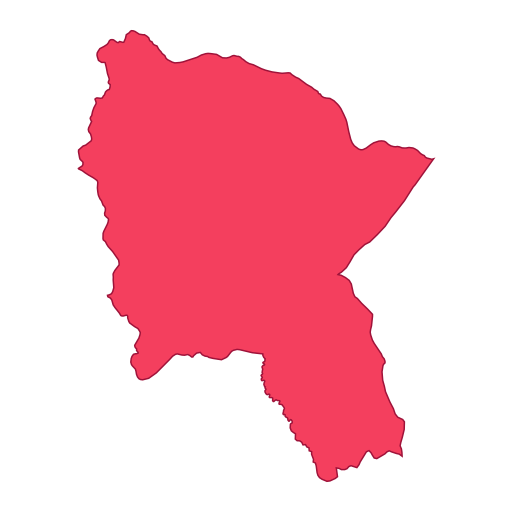 the district of Ra-Ngae, Narathiwat, Thailand
{"feature_id": "78962969B92165576967396", "entity_name": "Ra-Ngae", "entity_type": "district", "adm_level": 2, "iso_a3": "THA", "parent_name": "Thailand", "parent_adm1": "Narathiwat", "projection": "robinson", "projection_center": [101.702, 6.243], "detail": "fine", "context": "isolated", "style": "filled", "palette": "rose", "viewbox_px": 512, "rotation_deg": 0, "n_neighbors": 0, "source": "geoboundaries", "source_scale": "gbopen_adm2", "svg_char_len": 5974}
<svg xmlns="http://www.w3.org/2000/svg" viewBox="0 0 512 512"><path d="M402.1,456.2L401.9,452.2L401.4,448.9L400.1,445.8L400.8,442.4L402.3,437.3L404.2,429.4L404.4,421.8L402.7,419.5L397.7,417.2L395.1,413.8L393.4,408.7L389.9,402.0L385.5,391.7L384.4,386.5L382.7,380.3L382.0,371.8L383.0,365.4L384.0,363.8L385.0,362.9L385.0,361.3L384.2,358.9L382.4,356.7L381.2,353.8L374.2,343.4L372.4,340.1L370.7,335.0L370.2,332.2L370.6,329.5L371.5,325.8L372.5,316.3L372.5,314.3L367.6,309.1L361.6,303.3L357.4,298.5L354.9,296.8L353.3,293.3L351.3,284.0L349.2,280.4L345.5,277.6L341.2,275.3L338.0,274.6L338.6,273.9L341.4,272.2L346.3,267.7L350.0,261.8L354.0,254.8L358.8,249.9L364.8,244.5L369.7,242.0L377.6,234.3L385.2,226.2L391.0,217.6L395.5,212.2L404.5,200.6L413.2,186.9L415.0,184.9L433.6,158.8L431.9,159.3L426.8,158.0L425.4,157.2L424.3,155.6L422.3,154.7L420.5,153.5L417.6,150.5L414.8,148.8L413.0,148.0L409.0,147.5L406.1,148.0L404.2,148.0L402.2,147.9L399.2,146.8L397.3,146.5L395.6,146.8L393.6,146.6L391.0,145.9L388.5,144.5L385.7,142.0L384.1,141.2L381.6,140.9L378.9,141.1L373.7,142.8L370.7,144.7L366.2,148.1L363.0,149.6L361.0,149.8L358.7,149.1L354.3,145.8L352.2,142.9L350.7,139.3L348.8,131.9L346.8,122.2L345.9,119.3L343.8,114.6L340.9,108.7L339.2,106.2L337.6,104.3L334.0,100.8L329.9,98.4L326.5,98.1L323.7,97.5L321.5,96.1L320.7,94.7L320.0,93.9L319.2,93.9L318.4,93.2L317.8,91.5L313.9,89.2L311.6,87.2L306.6,84.4L298.7,78.5L295.7,77.2L291.9,74.7L290.1,73.0L288.4,72.8L282.1,73.3L279.5,73.0L272.0,71.9L265.5,70.2L261.4,68.7L253.4,64.8L249.2,63.6L246.0,61.8L243.4,59.6L241.9,58.7L240.4,57.2L238.7,56.4L237.0,56.3L234.0,55.5L232.5,55.8L229.4,57.3L226.4,58.0L222.5,57.8L216.6,54.4L210.7,53.6L208.1,53.4L205.7,53.7L201.4,55.0L197.1,57.3L183.0,61.9L179.9,62.5L174.9,62.9L172.4,62.2L167.6,59.7L166.1,58.4L164.8,55.6L162.1,53.5L160.9,51.6L159.5,50.2L158.4,48.7L157.0,46.0L154.4,45.0L153.2,44.1L151.8,41.6L150.8,41.4L149.7,40.5L148.7,37.8L146.9,36.2L144.4,34.7L143.4,34.8L139.3,34.2L134.9,31.4L133.1,30.8L131.4,30.7L130.4,31.3L129.3,32.7L126.3,34.7L125.4,38.6L123.8,42.2L123.0,42.4L119.7,41.5L118.2,42.6L117.0,42.4L113.6,39.9L112.0,39.6L110.6,39.8L109.5,40.6L108.2,43.1L107.0,44.5L103.9,46.5L99.9,48.6L98.4,50.8L97.2,53.0L97.0,55.1L97.4,57.0L98.5,60.4L101.6,62.4L104.5,62.4L105.1,62.6L106.2,66.9L107.5,73.6L109.1,78.4L109.2,79.9L108.5,81.4L108.3,82.5L108.6,83.3L110.2,84.6L110.1,86.9L109.3,89.5L108.0,89.8L106.7,90.7L105.5,92.0L104.4,95.0L103.3,96.1L102.4,97.9L100.7,98.3L96.9,97.9L95.6,98.5L95.0,99.1L96.1,102.3L96.1,103.6L93.9,107.7L92.6,111.4L91.7,115.6L90.6,117.1L90.2,118.4L90.7,119.9L91.6,121.5L88.6,127.9L88.3,129.6L88.8,131.7L90.5,133.9L91.4,136.8L91.7,139.1L91.2,140.8L85.7,145.1L83.1,146.0L78.6,150.0L78.5,151.8L79.6,157.9L80.2,159.5L81.8,160.9L83.0,162.3L82.9,164.7L82.1,166.0L78.4,168.4L78.6,168.9L82.3,170.7L85.1,172.8L88.8,175.2L93.4,177.8L97.2,180.6L97.8,182.4L97.4,187.8L97.7,191.1L98.2,194.4L98.6,195.8L100.0,198.9L101.5,200.9L103.1,205.1L104.6,206.6L105.4,208.4L105.3,211.0L104.6,213.1L104.8,215.3L106.7,217.3L108.1,218.4L108.5,219.3L108.1,222.1L107.3,224.3L103.8,231.3L103.1,233.4L103.0,238.6L103.3,239.9L105.4,241.6L106.7,244.2L108.2,246.6L112.6,251.5L118.6,260.1L119.1,263.1L119.1,264.9L114.9,270.4L113.3,273.4L113.1,274.5L113.3,277.1L113.2,280.0L113.8,287.7L112.7,291.6L111.5,293.7L109.4,294.8L107.5,295.3L107.8,296.7L110.4,298.1L111.8,300.0L113.2,304.9L115.0,307.6L119.3,313.0L120.8,315.5L122.0,316.0L123.2,316.0L126.2,315.2L127.1,315.3L127.7,316.2L127.7,317.9L128.8,321.4L129.7,323.0L134.6,326.6L137.9,328.5L139.6,331.1L140.3,332.6L140.0,334.7L138.9,338.1L134.9,344.9L134.7,345.5L135.0,346.9L135.5,347.8L136.6,348.9L136.6,350.6L138.1,352.3L138.2,353.0L136.7,353.7L135.3,353.8L133.5,354.3L132.0,356.4L131.2,358.6L130.8,362.1L131.5,364.6L132.5,366.0L135.4,369.1L136.0,371.3L136.5,374.3L137.5,376.9L138.9,378.7L140.4,379.5L142.6,379.8L148.7,378.3L156.3,372.9L169.5,359.6L172.6,356.2L175.5,354.3L177.3,353.9L181.8,355.0L184.6,355.2L187.2,354.6L188.0,354.6L190.0,355.6L191.6,357.0L192.8,357.0L193.7,355.6L196.6,353.1L200.3,352.4L202.3,354.8L205.0,356.1L207.6,356.5L208.9,357.4L213.0,358.4L221.5,359.7L226.0,357.6L227.5,356.5L230.6,352.5L231.7,351.3L233.4,350.3L237.1,349.4L239.8,349.7L252.3,352.7L262.8,353.9L262.9,355.5L263.8,357.4L265.2,358.9L264.9,359.7L264.9,360.9L264.6,361.6L263.3,362.1L262.9,362.7L263.3,363.5L264.1,363.8L264.6,364.6L264.5,364.9L262.9,365.6L262.1,366.6L262.0,367.1L262.7,369.1L262.1,372.3L262.6,373.7L262.3,374.2L261.4,374.9L261.1,375.6L262.3,377.3L262.3,377.7L261.4,378.7L261.3,379.5L261.5,380.2L262.0,380.7L263.6,380.3L264.4,380.5L264.8,381.1L264.1,383.0L263.9,384.4L264.5,386.2L265.3,386.9L265.0,387.4L265.0,387.9L265.9,389.0L265.9,389.6L265.3,390.2L265.0,390.7L265.0,391.8L265.3,392.6L266.1,393.9L267.0,394.6L267.7,394.6L268.9,394.1L269.6,394.4L269.8,395.0L269.3,396.4L269.3,397.2L269.8,397.6L271.7,397.6L272.6,398.0L272.7,398.7L272.6,400.7L273.3,401.5L273.8,401.5L275.3,400.2L276.2,399.8L277.4,400.5L279.6,400.7L279.8,401.0L279.8,401.6L279.0,403.2L279.1,404.1L279.5,404.3L280.8,404.3L282.1,404.8L284.2,407.7L284.4,408.7L283.6,410.3L283.4,412.1L283.0,413.2L283.1,414.1L283.5,414.6L284.6,414.4L285.1,414.8L285.1,415.9L285.3,416.5L285.8,417.0L287.0,417.6L287.6,418.1L288.0,420.2L288.7,421.1L289.1,421.2L289.5,420.9L290.2,419.9L290.6,419.6L291.2,419.8L292.0,420.9L292.2,421.5L292.2,422.8L290.7,423.8L290.4,424.2L290.2,427.9L291.3,430.8L293.4,432.5L295.5,433.8L295.3,439.1L297.1,440.7L299.6,440.8L301.7,442.2L303.0,444.9L305.5,444.6L306.8,446.9L309.0,447.9L309.2,450.8L311.6,451.6L311.6,454.3L313.5,459.3L313.2,462.0L315.4,463.0L316.2,465.8L317.1,472.6L317.9,475.3L319.5,477.6L321.9,479.2L326.9,481.3L330.0,480.9L335.2,478.5L337.5,476.7L336.3,467.9L339.1,468.4L341.4,469.6L344.7,469.6L347.0,468.7L348.8,466.6L351.0,465.7L356.9,467.6L359.0,464.7L360.2,461.9L366.4,451.8L369.0,450.6L371.1,452.8L372.4,455.2L374.2,458.0L376.8,458.6L385.0,453.8L386.9,451.9L389.2,450.8L391.4,451.8L396.5,453.5L399.2,454.1L402.1,456.2Z" fill="#f43f5e" stroke="#9f1239" stroke-width="1.5"/></svg>